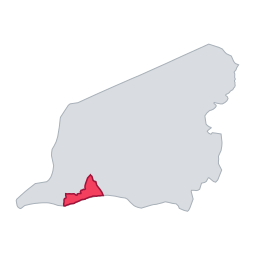 Ras Al Ain, Hasaka (Al Haksa), Syria shown in context, rotated 187°
{"feature_id": "27442178B16567144851356", "entity_name": "Ras Al Ain", "entity_type": "district", "adm_level": 2, "iso_a3": "SYR", "parent_name": "Syria", "parent_adm1": "Hasaka (Al Haksa)", "projection": "albers", "projection_center": [39.989, 36.654], "detail": "fine", "context": "in_parent", "style": "filled", "palette": "rose", "viewbox_px": 256, "rotation_deg": 187, "n_neighbors": 0, "source": "geoboundaries", "source_scale": "gbopen_adm2", "svg_char_len": 4224}
<svg xmlns="http://www.w3.org/2000/svg" viewBox="0 0 256 256"><g transform="rotate(187 128 128)"><path d="M34.4,84.9L36.6,85.3L41.4,88.4L42.2,88.4L43.8,84.5L45.3,83.3L48.3,82.2L49.4,76.0L50.9,74.8L52.6,74.2L55.2,74.2L57.4,73.9L57.6,72.8L54.7,65.4L55.1,63.6L56.8,56.3L57.9,53.5L58.8,52.6L62.4,53.1L67.3,54.5L68.5,56.7L70.9,58.6L74.6,58.6L78.8,59.1L82.1,59.3L84.7,58.0L90.7,55.7L93.7,55.0L96.4,53.9L105.0,50.1L108.4,50.4L110.8,51.0L112.6,51.7L116.6,54.5L119.9,57.3L122.2,58.2L126.4,58.2L132.5,58.8L140.0,58.8L144.3,58.0L149.9,56.7L159.8,53.4L172.9,46.5L180.5,43.1L183.8,42.7L188.1,42.6L192.4,43.5L197.3,44.0L199.5,43.9L204.8,43.2L211.6,41.7L215.9,40.4L221.0,38.5L224.2,35.3L225.2,34.9L226.6,35.5L227.2,35.7L228.6,37.4L230.0,41.9L230.1,42.4L229.8,43.7L226.5,47.6L222.0,52.7L218.8,56.0L213.3,61.5L209.2,62.7L202.1,64.8L200.3,66.7L198.6,69.8L197.6,74.0L197.3,76.6L197.2,81.5L198.9,86.5L200.6,91.3L200.8,94.5L200.7,97.7L199.2,101.1L197.6,105.7L196.7,111.0L196.3,120.8L196.4,129.1L196.3,130.5L193.4,136.4L190.0,143.3L188.4,144.9L180.8,147.0L172.5,152.1L163.2,157.8L154.7,162.9L145.7,168.3L136.4,173.8L129.8,177.7L120.8,182.9L112.6,187.9L104.3,192.9L98.0,196.7L88.3,202.7L82.6,206.2L74.2,211.3L66.8,215.8L58.1,221.1L47.3,219.0L44.0,217.9L41.3,215.2L39.3,213.7L34.2,212.0L31.2,206.9L29.3,205.1L25.9,204.2L27.5,201.0L27.9,198.9L29.5,196.4L28.6,194.7L28.3,191.1L27.7,190.2L27.5,189.3L28.1,188.1L27.9,187.0L27.4,186.4L27.2,184.6L26.8,183.3L27.1,181.7L27.9,180.7L28.7,178.7L29.7,178.1L31.1,176.9L31.6,175.7L32.9,174.4L34.7,173.4L35.1,172.6L34.9,172.1L33.2,171.1L32.3,169.4L33.2,167.0L33.8,166.3L34.9,165.1L37.3,163.4L39.1,163.2L40.6,163.3L43.2,163.5L45.3,163.9L45.8,163.5L45.7,162.9L43.3,161.3L43.2,160.2L43.9,158.9L45.7,157.0L47.9,155.7L49.0,155.4L51.5,152.6L53.2,149.4L51.0,141.4L49.5,140.1L47.1,138.9L45.6,138.7L45.5,138.2L47.6,136.2L49.0,134.5L47.5,132.8L44.9,131.9L43.8,133.6L40.3,133.6L34.9,133.4L32.9,124.9L32.7,121.3L32.9,117.1L34.8,111.0L34.2,108.1L34.2,106.2L33.9,103.6L29.9,97.7L32.6,87.4L34.4,84.9Z" fill="#d9dde1" stroke="#a8b0b8" stroke-width="1"/><path d="M181.8,55.2L181.7,54.7L181.7,53.9L181.5,53.1L181.1,52.2L181.0,51.5L181.1,51.2L181.2,50.8L181.8,50.3L182.3,50.3L182.5,49.9L182.7,49.5L182.7,48.5L182.5,47.2L182.4,46.6L182.5,46.0L182.6,44.8L182.4,43.9L182.4,43.6L182.3,43.4L182.0,42.8L181.9,42.8L181.6,42.9L181.0,43.0L180.6,43.1L180.1,43.5L179.7,43.8L178.7,44.3L178.4,44.5L177.6,44.7L177.4,44.8L176.8,45.3L175.7,45.8L175.3,45.9L174.4,46.1L173.2,46.3L172.6,46.5L172.0,46.9L171.9,46.9L171.7,47.1L171.4,47.4L171.3,47.6L170.9,47.8L170.7,47.9L170.6,48.0L170.4,48.1L170.0,48.3L169.6,48.5L169.4,48.6L169.2,48.7L168.2,49.3L167.7,49.6L167.2,49.9L167.0,50.0L166.5,50.5L166.3,50.6L166.0,50.8L165.9,50.9L165.6,51.1L164.8,51.4L164.6,51.5L164.1,51.6L163.3,51.7L162.9,51.8L162.3,52.0L162.0,52.1L161.8,52.2L161.8,52.3L161.7,52.3L161.5,52.6L161.4,52.7L161.2,52.8L160.9,53.0L160.4,53.2L160.2,53.3L159.9,53.5L159.6,53.6L159.4,53.8L159.0,54.0L158.2,54.5L157.7,54.7L157.2,54.9L156.1,55.3L155.7,55.5L155.4,55.6L155.0,55.9L154.8,56.0L154.6,56.1L154.3,56.1L154.0,56.2L153.8,56.2L153.5,56.3L151.0,56.5L150.9,56.5L150.7,56.6L150.1,56.8L149.7,57.0L149.4,57.1L149.0,57.2L148.3,57.2L148.1,57.3L147.8,57.3L147.6,57.3L147.3,57.4L147.2,57.4L146.2,57.7L145.7,57.8L145.1,57.9L144.5,58.0L144.4,58.0L144.7,58.7L145.6,60.2L146.2,61.2L147.2,62.3L148.0,63.3L149.4,64.7L150.1,65.4L151.2,66.5L152.1,67.5L153.3,70.6L153.5,70.5L153.5,70.4L153.7,70.5L153.8,70.5L154.0,70.7L154.0,70.8L154.3,70.9L154.3,71.0L154.5,71.0L154.6,70.9L154.8,70.9L154.8,71.0L155.0,71.0L156.2,71.8L156.3,71.8L157.7,75.2L158.0,75.7L159.0,76.3L159.4,76.6L159.6,76.9L159.8,76.6L161.5,74.2L162.0,73.5L162.9,69.4L163.0,69.0L163.2,68.2L163.3,67.7L163.5,66.2L163.6,65.7L163.6,65.4L163.5,64.0L163.3,63.2L162.9,62.4L163.1,62.0L163.8,61.6L164.4,61.6L164.8,61.7L165.3,61.3L165.7,60.8L165.8,60.7L166.3,60.6L166.8,60.6L167.0,60.3L167.1,60.2L167.4,59.3L167.5,58.9L166.9,58.1L166.7,57.7L166.9,57.2L167.7,57.0L168.3,57.1L168.8,56.9L169.1,56.8L169.8,56.6L170.3,56.3L170.3,56.1L170.2,55.6L170.2,55.4L170.3,55.3L170.7,55.1L170.8,55.1L171.4,55.0L171.5,55.1L172.1,55.4L172.7,55.8L173.2,56.1L174.2,56.1L175.8,55.7L178.2,55.6L180.1,55.2L181.8,55.2Z" fill="#f43f5e" stroke="#9f1239" stroke-width="1.5"/></g></svg>